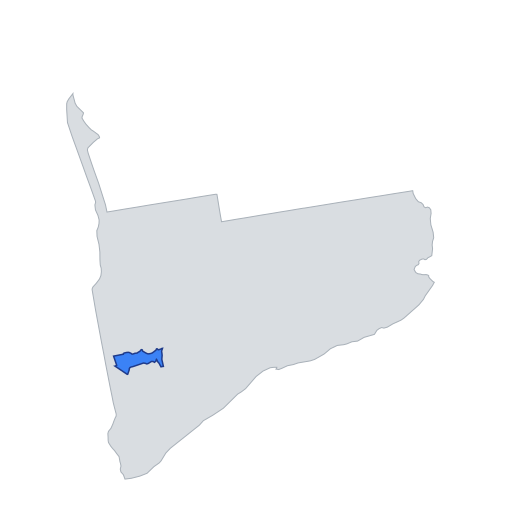 Oshana highlighted on a map of Namibia, rotated 259°
{"feature_id": "NAM-3351", "entity_name": "Oshana", "entity_type": "Region", "adm_level": 1, "iso_a3": "NAM", "parent_name": "Namibia", "parent_adm1": "", "projection": "orthographic", "projection_center": [15.74, -18.505], "detail": "fine", "context": "in_parent", "style": "filled", "palette": "blue", "viewbox_px": 512, "rotation_deg": 259, "n_neighbors": 0, "source": "natural_earth", "source_scale": "10m", "svg_char_len": 3984}
<svg xmlns="http://www.w3.org/2000/svg" viewBox="0 0 512 512"><g transform="rotate(259 256 256)"><path d="M397.1,100.1L403.3,99.1L409.2,98.2L416.0,97.3L421.5,96.6L422.9,96.4L435.9,98.1L441.5,99.2L443.5,100.1L445.9,102.2L450.4,107.3L449.2,107.0L440.5,107.6L437.1,108.7L429.4,114.0L427.8,113.2L426.1,112.0L424.6,111.5L421.2,112.7L417.9,114.2L414.2,116.4L411.1,118.5L410.1,119.7L405.2,124.2L403.7,124.8L402.3,125.1L401.8,124.9L401.3,122.8L398.6,118.0L394.3,111.7L393.0,111.0L392.1,110.7L388.7,110.9L378.7,112.2L370.3,113.4L357.4,115.4L343.5,117.0L335.0,118.0L327.6,118.1L327.4,124.2L327.1,136.6L326.7,148.9L326.4,161.2L326.0,173.6L325.6,185.9L325.2,198.2L324.9,210.5L324.5,222.9L324.3,228.2L324.0,229.4L319.9,229.3L310.5,229.0L302.6,228.8L296.2,228.7L296.0,236.0L295.8,244.6L295.5,253.3L295.3,261.9L295.1,270.6L294.8,279.2L294.6,287.8L294.3,296.5L294.1,305.1L293.9,311.6L293.8,312.3L293.4,324.9L293.0,338.3L292.6,351.6L292.1,365.0L291.7,378.3L291.2,391.6L290.8,404.9L290.3,418.1L290.2,422.3L287.4,422.2L281.9,423.7L278.3,425.7L276.8,428.3L274.7,429.8L272.2,430.3L271.0,431.7L271.3,433.7L270.3,435.3L268.0,436.4L264.4,436.0L259.5,434.2L253.2,433.6L245.5,434.4L240.0,433.9L236.7,432.1L233.2,431.0L229.4,430.7L227.2,430.0L222.8,428.6L222.0,426.3L221.5,424.5L220.2,422.7L220.1,421.2L221.1,420.1L221.3,418.3L220.6,415.8L219.4,414.6L217.6,414.6L216.5,413.6L216.1,411.7L215.1,410.2L212.6,408.6L209.3,409.7L207.7,411.5L206.8,414.2L206.0,415.5L205.5,417.8L205.3,419.4L204.5,421.1L203.6,421.8L202.7,421.5L201.0,422.2L197.3,424.7L196.2,426.0L193.3,423.6L184.6,414.5L181.5,412.1L176.9,406.5L166.7,389.2L165.3,385.9L163.3,377.5L161.1,371.3L160.8,367.8L161.8,365.7L161.2,363.0L160.0,360.5L156.5,357.3L155.5,346.5L153.1,339.5L153.5,333.8L152.4,328.5L152.2,325.1L152.7,318.7L150.8,311.4L146.8,304.2L143.3,293.8L142.7,289.2L143.0,276.9L142.3,271.9L142.3,266.0L140.8,259.9L140.2,256.6L141.2,254.0L141.8,254.8L142.8,255.2L143.4,251.7L143.6,248.6L141.7,240.9L137.7,233.1L127.8,220.5L125.4,215.6L123.9,211.6L112.8,194.9L107.9,183.1L104.4,172.9L100.8,168.2L83.6,135.2L79.8,129.9L73.0,123.7L71.4,121.6L68.7,115.6L63.5,107.6L62.1,100.0L61.6,91.4L62.0,84.8L66.6,84.1L69.8,82.2L72.7,82.1L75.6,83.4L78.6,83.4L79.8,83.2L85.2,83.3L88.3,81.7L92.0,80.0L94.2,78.6L97.1,77.1L101.1,75.6L103.4,75.7L106.2,76.2L109.9,76.7L112.0,77.7L114.5,80.7L118.3,83.4L121.2,85.1L124.4,87.2L125.4,88.1L126.9,88.5L127.7,88.6L133.7,88.2L139.2,87.9L145.1,87.9L156.1,87.8L167.1,87.8L178.2,87.8L189.2,87.9L200.3,87.9L211.3,88.0L222.4,88.1L233.4,88.2L237.9,88.3L245.8,88.5L254.1,88.7L255.0,88.9L256.0,89.5L256.7,90.0L259.6,93.9L263.3,98.0L266.3,100.0L270.0,101.2L273.5,101.7L276.8,101.4L282.2,102.1L289.7,103.5L297.5,104.1L305.6,103.7L311.3,104.6L314.5,106.7L317.9,108.1L321.3,108.9L326.0,108.6L331.9,107.2L336.9,107.6L339.2,108.8L340.5,108.9L349.2,107.6L356.2,106.5L366.7,104.8L375.3,103.5L388.1,101.5L397.1,100.1Z" fill="#d9dde1" stroke="#a8b0b8" stroke-width="1"/><path d="M174.8,96.6L174.8,96.8L175.3,98.4L179.7,97.8L184.9,97.1L184.9,107.0L185.3,107.0L185.7,107.5L185.9,108.1L186.0,110.6L185.8,112.3L185.5,113.1L184.2,114.9L183.6,115.3L183.3,115.8L183.3,117.1L183.6,118.5L183.4,120.7L183.7,121.4L184.1,122.2L184.5,123.7L185.8,125.2L185.9,126.0L185.4,126.5L184.7,126.5L184.1,126.7L183.2,127.8L182.0,129.1L180.9,130.6L180.5,131.5L180.4,132.5L180.4,134.4L180.5,134.8L180.6,135.6L181.6,137.7L182.1,138.6L182.4,139.4L182.9,140.0L183.8,140.6L183.6,141.5L183.0,141.8L182.6,142.1L182.6,143.0L182.9,145.1L183.2,145.8L183.2,146.6L180.9,145.3L179.9,145.1L178.8,145.1L176.4,144.9L172.8,143.9L171.6,143.8L170.6,143.9L165.3,144.0L165.4,142.3L165.3,141.9L165.4,141.5L166.3,141.3L167.1,141.0L168.2,140.7L169.2,140.4L170.3,139.7L171.5,139.1L172.6,139.0L173.5,138.5L172.9,138.1L172.1,137.8L171.5,137.0L171.0,136.0L172.1,134.9L172.4,133.1L171.1,129.9L170.9,128.2L171.8,126.8L172.4,125.1L170.9,113.9L170.9,112.3L170.5,110.9L169.5,110.1L168.2,109.7L164.9,107.8L164.4,107.5L164.4,107.0L174.8,96.6Z" fill="#3b82f6" stroke="#1e3a8a" stroke-width="1.5"/></g></svg>